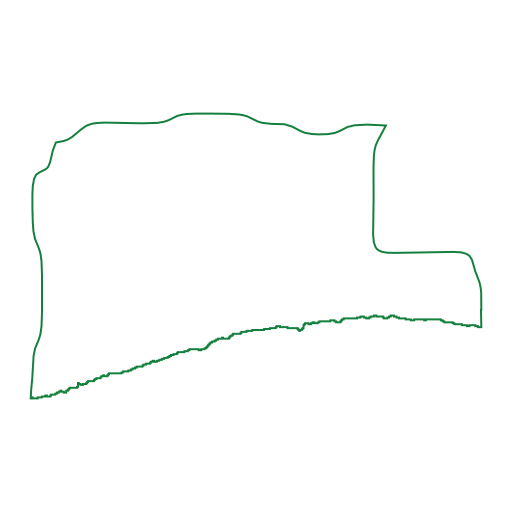 Guayacanes, San Pedro de Macorís, Dominican Republic (Robinson projection)
{"feature_id": "3306468B17793693444976", "entity_name": "Guayacanes", "entity_type": "district", "adm_level": 2, "iso_a3": "DOM", "parent_name": "Dominican Republic", "parent_adm1": "San Pedro de Macorís", "projection": "robinson", "projection_center": [-69.45, 18.445], "detail": "fine", "context": "isolated", "style": "outline", "palette": "green", "viewbox_px": 512, "rotation_deg": 0, "n_neighbors": 0, "source": "geoboundaries", "source_scale": "gbopen_adm2", "svg_char_len": 4792}
<svg xmlns="http://www.w3.org/2000/svg" viewBox="0 0 512 512"><path d="M55.9,142.5L52.9,150.2L50.1,162.1L48.5,166.1L47.4,167.8L45.9,169.1L39.4,172.4L36.2,174.7L34.1,178.7L32.8,186.0L32.4,194.1L32.4,208.3L32.8,222.6L33.4,231.0L35.0,238.9L38.8,248.2L40.4,253.2L41.5,261.2L42.0,275.2L42.0,312.2L41.5,326.2L40.4,334.3L38.9,339.2L35.1,348.5L33.6,355.8L32.2,379.2L31.3,388.2L30.7,398.4L31.9,398.4L31.9,397.4L32.7,397.4L32.7,398.4L34.0,398.4L37.7,398.4L37.7,397.9L37.7,397.4L41.3,397.4L41.9,397.4L41.9,396.5L45.3,396.5L45.3,395.5L47.0,395.5L47.0,396.5L48.7,396.5L50.3,396.5L50.3,395.5L51.1,395.5L51.1,394.6L55.3,394.6L55.3,393.6L57.0,393.6L57.0,392.6L58.7,392.6L58.7,391.7L60.4,391.7L60.4,390.7L61.2,390.7L61.2,391.7L63.7,391.7L63.7,392.6L66.2,392.6L66.2,390.7L67.9,390.7L67.9,389.7L68.8,389.7L68.8,388.8L69.6,388.8L69.6,387.8L77.1,387.8L77.1,386.8L78.0,386.8L78.0,383.0L78.8,383.0L78.8,384.0L80.5,384.0L80.5,384.9L83.0,384.9L83.0,384.0L86.3,384.0L86.3,383.0L87.2,383.0L87.2,382.0L88.0,382.0L88.0,381.1L93.9,381.1L93.9,380.1L94.7,380.1L94.7,379.1L96.4,379.1L96.4,378.2L100.6,378.2L100.6,377.2L101.4,377.0L101.4,376.2L103.1,376.2L103.1,375.3L104.0,375.3L104.0,376.2L107.3,376.2L107.3,375.3L108.2,375.3L108.2,374.3L109.0,374.3L109.0,373.3L116.4,373.3L121.6,373.3L121.6,372.4L123.2,372.4L123.2,371.4L128.3,371.4L128.3,370.5L130.8,370.5L130.8,369.5L132.5,369.5L132.5,368.5L135.0,368.5L135.0,368.1L135.0,367.6L136.7,367.6L136.7,366.6L142.5,366.6L142.5,365.6L143.4,365.6L143.4,364.7L145.9,364.7L145.9,363.7L150.1,363.7L150.1,362.7L150.9,362.7L150.9,361.8L152.6,361.8L152.6,360.8L154.2,360.8L154.2,361.8L156.8,361.8L156.8,360.8L159.3,360.8L159.3,359.9L161.8,359.9L161.8,358.9L164.3,358.9L164.3,357.9L167.7,357.9L167.7,357.0L169.4,357.0L169.4,356.0L171.0,356.0L171.0,355.0L173.5,355.0L173.5,354.1L176.9,354.1L176.9,353.1L177.7,353.1L177.7,352.1L184.4,352.1L184.4,351.2L187.8,351.2L187.8,350.2L189.5,350.2L189.5,349.2L198.7,349.2L198.7,350.2L201.2,350.2L201.2,349.2L204.6,349.2L204.6,348.3L206.2,348.3L206.2,347.3L207.1,347.3L207.1,346.4L207.9,346.4L207.9,345.4L208.7,345.4L208.7,344.4L209.6,344.4L209.6,343.5L210.4,343.5L210.4,342.5L212.1,342.5L212.1,341.5L214.6,341.5L214.6,340.6L216.3,340.6L216.3,339.6L218.0,339.6L218.0,338.7L222.1,338.7L222.1,337.7L223.0,337.7L223.0,338.7L228.9,338.7L228.9,337.7L229.7,337.7L229.7,336.7L230.5,336.7L230.5,335.8L232.2,335.8L232.2,334.8L233.1,334.8L233.1,333.8L240.6,333.8L240.6,332.9L241.4,332.9L241.4,331.9L246.5,331.9L246.5,330.9L252.3,330.9L252.3,330.0L264.1,330.0L264.1,329.0L269.9,329.0L269.9,328.1L275.8,328.1L275.8,327.1L276.6,327.1L276.6,326.1L280.0,326.1L280.0,327.1L287.5,327.1L287.5,328.1L297.6,328.1L297.6,329.0L298.4,329.0L298.4,330.0L299.3,330.0L299.3,330.9L300.1,330.9L300.1,330.0L301.8,330.0L301.8,329.0L302.6,329.0L302.6,328.1L303.5,328.1L303.5,325.2L304.3,325.2L304.3,324.2L305.1,324.2L305.1,323.2L308.5,323.2L308.5,324.2L311.0,324.2L311.0,323.2L312.7,323.2L312.7,322.3L314.4,322.3L314.4,323.2L317.7,323.2L317.7,322.3L319.4,322.3L319.4,321.3L330.3,321.3L330.3,320.3L334.5,320.3L334.5,321.3L336.2,321.3L336.2,322.3L340.4,322.3L340.4,321.3L341.2,321.3L341.2,320.3L342.0,320.3L342.0,319.4L343.7,319.4L343.7,318.4L357.1,318.4L357.1,317.5L360.5,317.5L360.5,316.5L363.8,316.5L363.8,317.5L366.3,317.5L366.3,318.4L368.9,318.4L368.9,317.5L370.5,317.5L370.5,316.5L373.9,316.5L373.9,315.5L376.4,315.5L376.4,316.5L383.1,316.5L383.1,317.5L383.9,317.5L383.9,318.4L387.3,318.4L387.3,317.5L389.0,317.5L389.0,316.5L390.7,316.5L390.7,315.5L394.0,315.5L394.0,316.5L396.5,316.5L396.5,317.5L399.0,317.5L399.0,318.4L405.7,318.4L405.7,319.4L410.8,319.4L410.8,320.3L414.1,320.3L414.1,319.4L424.2,319.4L424.2,319.9L424.2,320.3L425.9,320.3L425.9,319.8L425.9,319.4L430.5,319.4L440.9,319.4L440.9,319.7L440.9,320.3L442.6,320.3L442.6,321.3L444.3,321.3L444.3,322.3L452.7,322.3L452.7,323.2L454.4,323.2L454.4,324.2L461.9,324.2L461.9,325.2L466.9,325.2L466.9,326.1L469.4,326.1L469.4,325.2L475.3,325.2L475.3,326.1L477.8,326.1L477.8,327.1L481.3,327.1L481.0,309.9L481.3,309.9L481.2,293.2L480.7,287.9L479.6,282.7L475.2,271.1L472.0,259.9L469.6,256.0L467.7,254.6L465.7,253.6L461.3,252.4L454.2,251.9L394.6,252.9L387.3,252.7L382.7,252.0L380.6,251.3L378.6,250.3L376.7,248.8L375.4,246.8L373.8,242.2L373.1,234.7L373.6,198.2L373.5,167.0L373.9,155.9L374.5,150.4L375.8,145.2L377.9,140.5L385.9,125.5L366.9,124.6L354.6,125.3L347.7,126.9L338.9,131.4L334.9,132.9L328.1,134.1L318.7,134.4L311.7,134.0L304.9,132.8L300.9,131.2L292.1,126.6L284.1,124.2L271.9,123.9L262.5,122.9L258.0,121.6L247.3,116.4L242.8,115.1L238.1,114.4L228.4,113.8L211.1,113.6L196.2,113.6L186.5,114.0L181.8,114.7L177.3,115.9L168.8,120.1L164.3,121.7L157.2,122.9L142.2,123.3L104.4,122.6L97.0,123.0L92.2,123.7L87.6,125.2L85.4,126.4L81.4,129.2L71.9,137.1L67.7,139.6L63.7,141.0L55.9,142.5Z" fill="none" stroke="#15803d" stroke-width="2"/></svg>